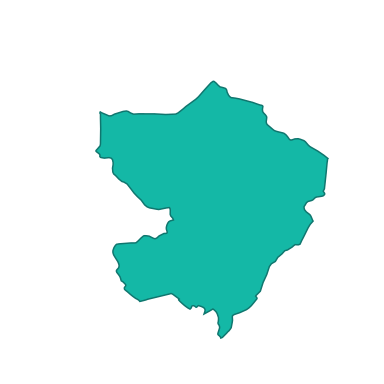 Dien Bien Phu, Điện Biên, Vietnam, rotated 313°
{"feature_id": "81297802B75517223780643", "entity_name": "Dien Bien Phu", "entity_type": "district", "adm_level": 2, "iso_a3": "VNM", "parent_name": "Vietnam", "parent_adm1": "Điện Biên", "projection": "orthographic", "projection_center": [103.039, 21.414], "detail": "fine", "context": "isolated", "style": "filled", "palette": "teal", "viewbox_px": 384, "rotation_deg": 313, "n_neighbors": 0, "source": "geoboundaries", "source_scale": "gbopen_adm2", "svg_char_len": 4693}
<svg xmlns="http://www.w3.org/2000/svg" viewBox="0 0 384 384"><g transform="rotate(313 192 192)"><path d="M253.3,300.4L253.7,299.2L255.0,296.4L255.7,294.5L255.8,293.3L255.4,289.2L255.8,286.4L256.6,285.1L257.1,284.5L257.6,284.0L258.3,283.8L259.2,283.7L262.3,283.0L264.2,283.3L265.0,283.8L266.9,285.0L267.6,285.4L268.8,285.8L270.9,285.9L272.1,286.0L273.4,286.6L275.0,287.9L277.5,289.9L278.8,290.6L280.4,290.7L281.1,290.4L281.2,290.1L281.5,289.8L281.8,288.3L282.1,287.4L284.6,286.7L297.0,277.4L305.7,270.7L307.1,269.8L307.8,269.2L308.5,268.8L308.8,268.6L309.2,268.6L308.8,263.3L307.7,256.1L305.9,248.5L305.6,246.9L305.6,244.9L306.1,240.6L305.9,238.8L304.4,235.2L303.3,233.2L302.2,232.2L301.1,231.1L299.5,230.2L298.0,229.4L297.1,228.4L297.0,227.7L297.0,227.0L297.3,225.6L297.6,224.3L297.9,221.9L297.8,220.5L297.6,219.1L297.0,217.9L296.0,216.1L294.9,214.2L293.6,211.7L293.0,209.9L292.9,208.4L292.6,201.1L292.9,199.9L293.7,198.7L294.3,198.1L295.2,197.5L297.4,195.9L297.9,195.3L298.1,194.8L298.3,194.0L298.5,193.0L298.6,190.7L299.0,188.8L299.6,188.2L300.1,187.5L301.4,186.5L302.9,185.5L303.1,185.2L303.1,184.4L302.9,183.8L301.9,182.2L300.3,178.6L299.3,176.2L298.6,174.7L298.4,174.4L293.7,165.6L293.0,164.3L292.9,164.1L292.3,163.0L290.2,159.7L288.7,157.6L287.9,156.6L287.6,155.7L287.5,154.5L287.7,152.8L288.9,149.7L290.2,147.8L290.6,146.5L290.5,145.6L289.5,143.5L288.5,141.7L288.0,140.9L287.9,138.9L287.9,137.9L288.1,135.5L288.0,133.7L287.9,132.8L287.8,132.4L287.4,132.1L287.2,131.9L286.6,131.8L284.9,131.4L282.3,131.4L275.3,131.5L271.5,131.6L266.0,131.8L262.3,131.5L257.6,130.6L250.3,129.2L247.1,128.9L240.4,127.9L237.8,126.9L230.7,119.9L228.4,117.1L223.3,111.0L212.8,99.7L209.1,96.2L207.9,93.2L207.4,90.5L206.5,88.8L204.0,86.7L196.1,82.2L193.1,81.2L191.9,80.3L191.0,79.3L190.0,76.4L188.3,71.8L188.0,70.3L187.7,70.3L186.9,70.9L186.4,72.1L183.9,74.4L176.1,82.0L164.7,92.3L163.1,93.3L158.8,93.5L156.9,93.5L156.3,94.1L156.3,94.8L156.5,96.6L156.6,98.7L156.1,99.6L155.2,100.3L154.9,101.4L155.5,102.5L157.0,104.8L160.5,107.8L161.6,109.7L161.5,111.7L159.7,114.3L158.0,115.8L155.2,117.6L152.6,120.5L151.8,122.4L151.9,125.2L151.6,129.8L151.9,133.6L152.8,135.4L153.6,139.1L153.2,141.6L152.6,145.3L151.7,150.4L151.4,155.1L151.4,160.4L150.3,166.1L150.5,169.2L151.4,171.7L155.0,177.4L156.5,179.6L163.1,184.3L165.2,186.1L164.9,187.2L164.0,188.4L160.8,191.3L160.0,192.8L159.7,195.8L158.9,197.5L158.7,197.4L155.9,195.7L154.4,195.3L152.8,195.5L150.7,196.2L148.7,197.3L147.4,198.5L146.6,199.9L146.0,200.9L145.4,201.5L144.6,201.6L143.8,201.1L143.2,200.4L142.4,199.7L141.5,199.4L137.5,197.9L134.8,197.7L133.6,197.4L132.5,196.7L131.9,195.5L131.3,193.6L130.5,190.8L129.1,188.8L127.8,187.2L126.8,186.5L123.7,186.1L119.6,186.0L116.7,185.7L115.6,184.8L113.1,182.1L104.3,174.0L102.3,172.5L101.0,172.4L99.4,172.6L97.8,173.0L96.2,173.7L95.0,174.3L93.7,175.6L92.6,177.5L91.8,180.2L91.2,182.5L90.5,185.2L89.4,187.6L88.3,189.1L87.4,189.6L86.6,190.0L85.9,190.1L84.3,190.1L83.2,190.2L82.7,190.6L82.3,191.0L81.9,192.0L81.7,193.2L81.5,194.6L81.0,196.8L80.5,197.9L79.9,199.0L79.4,199.8L78.8,200.8L79.2,202.7L79.1,205.7L78.9,206.8L78.7,207.1L78.2,207.4L77.7,207.6L76.1,207.7L75.4,208.2L74.8,209.1L74.8,210.6L75.0,212.8L75.1,216.8L75.3,219.6L75.6,222.2L75.8,223.5L76.3,225.2L76.6,226.9L76.4,228.5L79.9,230.8L81.7,231.9L83.3,232.7L102.1,245.1L103.5,245.9L104.1,247.5L104.6,252.0L104.9,254.6L105.0,255.7L104.2,255.6L104.0,255.8L103.8,257.7L103.8,260.9L103.9,263.9L104.1,265.8L104.4,268.1L105.0,270.4L106.5,270.5L107.4,270.2L108.0,269.8L108.7,269.8L109.5,270.2L110.1,271.0L110.4,272.1L110.4,273.3L110.7,273.8L111.6,274.0L112.4,274.0L113.1,274.1L113.5,274.4L113.8,275.2L114.6,276.8L115.2,278.6L115.4,279.5L115.3,280.7L114.8,281.9L113.6,282.8L111.0,284.0L114.6,285.2L117.3,286.1L120.7,287.1L120.8,287.6L120.9,288.8L120.9,289.9L120.8,291.4L120.2,293.4L118.3,296.9L117.1,298.1L115.3,299.5L114.1,300.2L113.5,300.9L113.2,301.7L113.1,302.6L112.6,303.5L112.1,304.2L111.4,304.9L106.6,307.2L105.8,307.7L105.5,308.2L105.4,308.7L105.5,309.8L105.4,311.4L105.4,311.5L104.8,312.7L106.4,313.4L112.5,313.6L113.8,313.5L115.8,313.7L118.5,313.4L119.5,313.2L121.1,312.2L122.2,311.5L124.1,310.3L125.7,309.2L126.9,308.0L127.6,307.2L128.9,306.1L130.1,306.1L131.5,306.6L136.3,309.2L143.2,312.1L146.2,312.7L149.3,312.9L153.1,312.7L158.3,312.3L158.8,311.8L159.0,311.1L159.2,310.0L159.2,309.6L159.8,309.4L165.7,309.6L166.1,309.6L174.3,305.7L182.5,303.0L190.3,299.4L193.7,299.0L198.1,300.3L202.7,299.3L204.8,299.6L208.2,300.0L212.3,299.9L214.8,301.4L220.1,302.8L222.3,303.0L223.8,303.3L225.8,305.7L227.4,306.6L227.7,306.5L229.1,306.1L231.4,305.3L234.4,304.5L238.8,303.2L245.1,301.3L249.0,300.5L253.3,300.4Z" fill="#14b8a6" stroke="#0f766e" stroke-width="1.5"/></g></svg>